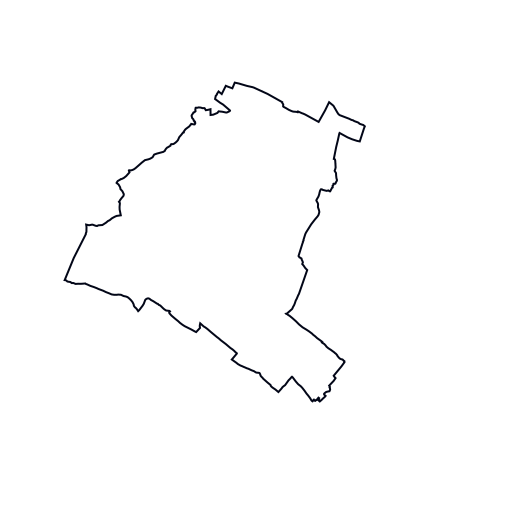 Lipovat, Vaslui, Romania (orthographic projection), rotated 322°
{"feature_id": "2599482B42630334171019", "entity_name": "Lipovat", "entity_type": "district", "adm_level": 2, "iso_a3": "ROU", "parent_name": "Romania", "parent_adm1": "Vaslui", "projection": "orthographic", "projection_center": [27.694, 46.559], "detail": "fine", "context": "isolated", "style": "outline", "palette": "ink", "viewbox_px": 512, "rotation_deg": 322, "n_neighbors": 0, "source": "geoboundaries", "source_scale": "gbopen_adm2", "svg_char_len": 6152}
<svg xmlns="http://www.w3.org/2000/svg" viewBox="0 0 512 512"><g transform="rotate(322 256 256)"><path d="M260.2,394.2L260.2,393.8L260.9,393.4L260.8,392.8L260.5,392.0L260.6,391.4L260.4,390.7L259.8,390.1L259.0,388.7L258.7,387.0L258.7,385.2L258.7,384.5L258.9,384.2L258.8,382.2L258.4,380.8L258.4,380.3L257.4,376.8L257.2,376.0L257.0,375.5L256.2,373.2L255.7,370.8L255.8,369.5L255.6,367.3L254.8,365.3L254.7,364.6L255.0,364.5L255.3,364.5L255.2,363.8L253.6,358.3L253.2,355.8L252.5,353.0L252.4,351.8L251.4,348.1L250.4,345.1L248.8,340.9L247.8,336.4L247.3,332.1L246.4,327.2L245.6,323.7L245.1,322.5L244.8,321.3L244.6,320.8L244.2,320.3L244.2,320.1L244.7,320.4L251.7,320.0L252.3,319.8L253.7,319.0L255.7,318.2L257.3,317.3L260.0,315.5L261.5,314.9L265.1,312.9L266.5,312.3L287.7,298.6L287.4,295.7L287.6,292.9L287.5,290.8L289.0,289.9L289.4,288.9L289.8,286.9L290.1,286.4L290.3,286.0L289.8,284.5L289.4,284.0L289.5,282.2L300.2,274.8L301.4,274.1L301.6,273.7L303.0,273.1L303.1,272.7L308.3,269.1L309.9,268.3L319.0,265.0L324.9,263.5L328.9,262.7L330.6,262.1L332.9,260.4L333.3,259.8L333.9,258.5L334.9,255.6L336.8,253.4L337.2,252.5L337.7,249.5L337.9,249.2L339.5,248.5L341.8,247.6L343.8,246.3L345.2,245.1L346.7,244.0L348.1,243.4L348.9,243.9L349.3,245.0L351.8,248.2L353.4,248.9L353.8,250.3L354.3,250.7L358.0,249.0L358.5,249.2L358.9,249.0L359.6,247.8L360.8,247.6L361.5,246.8L361.8,246.9L362.8,247.8L363.3,247.8L364.4,247.1L366.0,246.5L366.6,246.0L367.3,244.2L368.7,241.9L369.7,240.5L370.1,239.9L370.4,237.3L372.0,236.3L373.3,235.2L375.1,232.6L375.4,232.3L375.5,232.0L377.1,229.7L377.6,228.6L377.6,228.1L377.1,227.4L386.4,219.4L391.6,215.3L396.9,210.9L397.6,210.5L401.2,218.9L403.6,223.2L406.5,227.5L408.3,229.6L419.7,221.9L421.6,220.8L421.2,218.8L420.2,217.4L419.1,215.7L418.9,215.0L418.9,214.3L418.5,213.4L416.5,210.2L416.0,208.8L415.0,207.5L413.9,205.2L408.6,196.4L408.3,194.7L408.5,192.6L409.5,185.5L409.4,184.7L408.3,179.8L400.1,183.8L387.9,188.9L381.9,174.9L380.8,172.8L380.3,172.1L378.1,168.0L377.4,168.4L376.6,167.3L374.5,165.4L373.9,164.7L373.2,163.6L371.9,161.1L370.7,158.0L369.5,155.3L369.5,154.8L370.8,153.3L371.0,151.3L371.4,150.9L371.1,150.2L364.9,135.4L358.0,122.0L357.2,120.8L353.6,116.4L348.6,109.4L346.0,106.3L340.6,109.3L338.0,105.1L337.0,103.3L328.7,107.3L327.8,103.3L324.9,104.3L324.7,104.6L323.4,105.0L322.9,105.0L320.4,107.1L322.1,113.2L323.3,116.4L325.1,125.3L325.0,125.5L324.5,125.6L324.1,125.6L321.5,125.0L320.8,124.6L318.2,121.5L315.6,119.0L313.7,119.5L309.3,118.3L307.0,116.9L310.5,112.3L308.2,111.3L306.2,110.2L306.5,108.0L306.3,107.6L304.9,106.6L303.8,105.0L302.3,103.6L301.3,103.2L299.9,102.1L299.6,102.1L298.0,103.6L297.6,104.6L297.3,104.7L295.8,104.8L295.3,104.4L295.1,104.4L293.9,104.9L292.2,105.4L291.5,105.9L290.6,108.2L290.8,109.5L290.7,110.1L290.2,111.2L290.3,111.5L290.5,111.7L290.6,112.3L290.5,112.8L290.0,113.1L290.0,113.9L289.4,114.3L288.6,114.5L288.0,114.0L286.3,112.0L285.4,112.4L284.5,112.4L283.4,112.8L279.1,112.7L278.0,112.8L275.4,113.6L275.3,114.1L275.2,114.2L274.0,113.9L272.2,114.4L268.7,115.1L265.9,116.6L264.6,116.9L262.6,117.1L260.3,117.0L259.6,116.8L258.1,115.7L257.5,115.7L256.5,116.4L253.7,116.1L253.0,115.9L252.3,115.9L250.7,116.2L249.6,116.6L249.0,117.0L247.1,116.9L241.0,114.3L238.3,113.4L237.8,113.5L235.7,114.4L235.1,114.5L232.7,114.2L230.8,113.6L227.5,112.1L223.7,112.1L215.1,112.6L213.2,112.5L211.8,112.2L210.5,111.7L209.7,111.2L208.8,110.3L208.5,110.3L208.3,110.7L207.8,112.2L202.9,113.1L199.8,113.1L197.5,112.6L196.8,112.3L196.6,112.1L196.1,112.2L193.2,111.8L191.3,112.4L191.1,112.6L191.7,115.0L191.6,115.8L191.3,117.9L191.1,118.5L190.4,119.8L190.6,122.7L189.9,125.9L188.8,126.9L188.3,127.1L185.8,127.6L183.2,128.3L182.6,128.7L181.4,128.9L181.4,130.2L181.2,130.6L180.8,131.1L178.7,133.3L177.1,135.5L174.5,140.7L170.8,138.6L168.8,138.1L165.7,137.6L162.7,137.7L160.9,137.3L158.3,137.4L154.0,137.0L150.7,134.8L149.2,134.5L148.2,133.4L146.6,130.8L146.0,130.3L143.4,129.0L141.5,126.7L140.3,128.8L137.2,132.6L135.8,133.4L135.4,134.0L111.1,145.4L90.4,157.2L91.2,158.0L91.5,158.9L91.6,159.8L91.9,160.3L93.7,162.2L93.9,162.7L94.0,163.6L94.3,164.1L95.0,164.4L95.5,164.9L96.6,166.9L98.8,168.4L99.7,169.2L101.6,170.6L104.6,172.6L104.8,173.5L105.4,174.3L107.1,177.6L109.1,180.6L110.7,183.3L111.5,184.9L114.2,189.3L115.5,192.0L117.3,195.0L118.6,197.4L120.2,199.1L122.3,200.8L123.7,201.6L125.7,203.4L127.0,206.0L128.6,207.9L129.5,209.4L130.0,211.6L130.3,214.0L130.3,216.4L129.8,218.8L129.1,220.1L129.0,221.9L129.3,222.9L129.4,224.5L129.2,226.9L130.5,226.8L135.9,225.4L138.1,224.6L141.7,222.4L142.6,222.3L143.6,222.4L144.9,222.9L145.7,224.0L146.2,226.1L147.2,228.3L148.7,232.7L149.2,233.3L149.3,234.6L150.1,236.1L150.6,239.9L150.9,241.5L151.6,243.6L154.0,246.0L154.1,246.7L153.2,246.8L152.7,247.2L152.5,247.9L152.7,250.9L153.7,255.8L154.6,259.7L154.9,261.8L155.7,264.8L156.6,267.4L159.7,273.9L161.4,277.9L162.0,279.1L167.6,278.2L168.5,276.6L169.4,275.7L170.6,274.7L171.4,279.3L172.1,281.1L172.8,283.7L173.7,288.4L175.4,296.2L175.5,296.4L176.0,298.4L176.4,300.7L178.0,306.8L179.2,312.7L180.0,315.2L180.5,317.8L180.5,318.5L181.0,320.9L180.8,321.1L173.2,322.7L174.8,328.1L175.2,330.0L176.3,332.7L177.3,334.4L177.9,335.6L178.7,337.0L179.7,338.9L180.6,340.2L182.2,343.4L183.5,345.5L184.2,347.6L184.7,348.3L186.4,349.9L186.7,350.4L186.5,351.7L186.1,352.7L185.9,353.3L186.0,355.1L186.2,355.9L186.1,356.9L187.2,362.9L188.0,366.4L188.0,366.8L187.7,367.4L187.7,368.3L188.0,369.8L189.1,373.2L189.9,377.0L194.8,376.1L195.9,375.7L197.4,375.6L199.4,375.7L205.1,374.0L207.6,373.7L209.4,373.3L210.0,373.3L210.2,374.3L210.1,379.5L210.3,383.0L211.1,386.2L211.3,388.4L211.3,392.0L211.1,395.5L211.2,398.2L211.1,401.7L210.8,403.5L210.8,404.4L211.1,405.3L212.7,404.8L213.2,404.8L213.2,405.1L212.8,405.3L213.0,405.9L213.5,406.6L214.4,406.4L214.9,406.8L218.0,406.1L218.2,406.9L217.2,407.3L217.2,408.2L216.4,408.3L216.7,409.9L219.0,409.8L221.2,409.5L223.3,409.4L224.7,409.1L224.4,407.2L224.7,406.6L225.3,406.4L227.1,406.3L228.0,406.5L229.3,407.1L230.6,407.8L232.1,407.0L232.8,405.8L233.0,404.9L233.6,404.7L233.7,404.4L233.8,403.2L240.4,402.2L243.5,401.2L243.4,399.6L243.5,398.2L255.3,395.6L260.2,394.2Z" fill="none" stroke="#020617" stroke-width="2"/></g></svg>